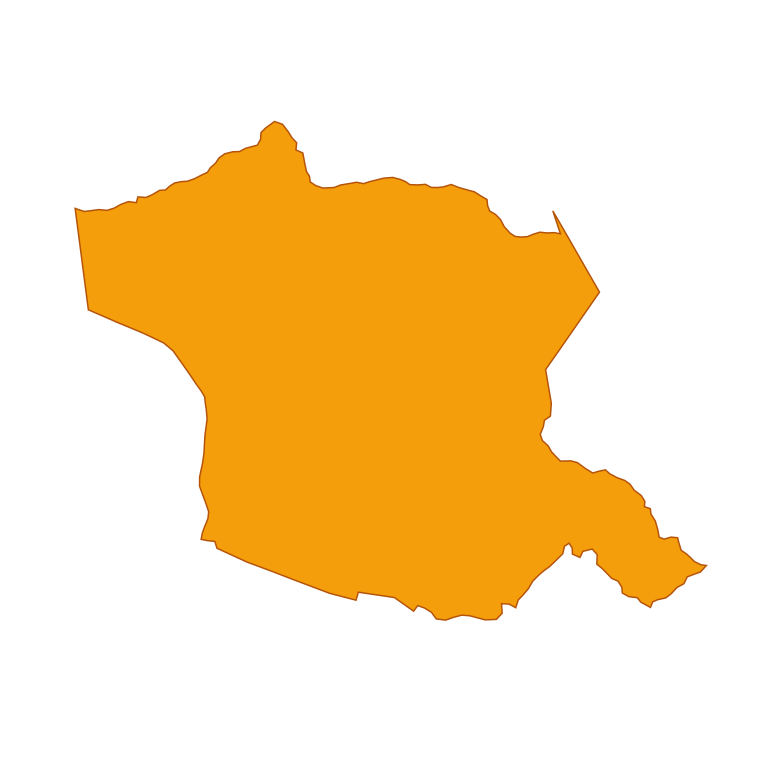 Pocinhos, Paraíba, Brazil, rotated 76°
{"feature_id": "56859067B52062450709607", "entity_name": "Pocinhos", "entity_type": "district", "adm_level": 2, "iso_a3": "BRA", "parent_name": "Brazil", "parent_adm1": "Paraíba", "projection": "mercator", "projection_center": [-36.082, -7.057], "detail": "fine", "context": "isolated", "style": "filled", "palette": "amber", "viewbox_px": 768, "rotation_deg": 76, "n_neighbors": 0, "source": "geoboundaries", "source_scale": "gbopen_adm2", "svg_char_len": 2834}
<svg xmlns="http://www.w3.org/2000/svg" viewBox="0 0 768 768"><g transform="rotate(76 384 384)"><path d="M347.0,152.7L285.5,170.1L256.9,178.3L280.9,176.5L278.3,182.3L276.8,189.6L274.4,196.1L274.8,203.0L275.7,209.3L274.6,215.4L272.6,221.0L268.2,225.1L260.7,229.2L252.6,231.2L246.6,234.7L241.6,239.7L235.9,240.3L230.0,239.4L224.4,245.1L219.4,249.8L216.0,256.0L211.3,264.1L206.7,270.5L207.1,278.9L206.2,285.0L204.7,290.6L200.3,295.5L199.0,303.1L196.8,310.7L192.8,314.2L189.4,318.8L185.7,325.5L184.2,334.5L184.2,343.9L184.2,349.3L184.7,355.2L181.6,361.9L181.1,369.4L180.4,377.8L181.3,384.8L179.1,395.9L174.9,402.3L170.1,406.7L164.3,406.1L159.1,407.8L152.2,407.6L140.2,406.9L135.6,412.8L128.8,410.4L122.9,413.7L115.8,416.0L107.4,419.7L102.8,426.8L107.0,437.0L110.3,442.5L116.8,444.6L121.6,449.1L121.8,461.1L123.5,468.0L122.1,474.5L122.1,482.7L124.7,489.3L129.1,494.2L132.1,500.1L136.0,504.2L136.9,509.4L138.9,518.0L139.7,525.6L138.6,531.8L138.3,538.4L140.0,543.7L142.9,549.2L141.8,554.8L144.4,563.7L145.4,569.9L142.9,577.5L148.1,580.4L145.2,587.9L146.1,596.0L148.1,603.4L148.5,610.7L145.8,618.5L145.0,625.8L144.1,633.1L138.9,641.2L240.5,652.9L260.6,626.7L276.3,605.5L290.8,587.9L296.2,583.9L300.9,580.6L317.0,574.3L328.2,570.0L334.9,567.6L339.8,565.8L347.0,562.9L353.1,561.1L359.2,562.0L365.5,562.6L375.1,564.1L384.6,567.8L390.7,570.2L399.0,572.8L407.5,575.4L417.2,579.3L422.8,582.1L429.6,585.4L438.5,587.7L449.5,586.5L457.9,585.6L465.4,585.0L472.0,587.4L479.0,592.5L484.4,596.2L490.5,599.0L493.4,592.9L495.8,586.2L503.0,585.8L523.8,559.8L527.8,553.9L539.0,537.6L551.1,520.4L574.0,487.3L587.0,463.4L579.8,459.3L593.7,425.6L611.6,410.2L607.2,404.9L611.0,399.1L617.0,393.2L624.6,390.1L628.0,381.3L627.2,372.9L627.1,364.4L629.7,356.7L633.3,350.2L637.2,343.2L638.5,337.4L639.6,331.9L635.0,324.8L625.6,323.1L627.8,315.9L632.9,310.3L626.0,306.0L622.8,300.8L617.6,293.5L611.3,287.4L606.4,279.2L603.7,273.7L601.4,267.9L597.9,261.7L591.9,251.6L585.0,248.1L583.3,242.9L588.7,241.1L594.6,242.3L599.7,235.8L594.5,231.5L594.5,221.9L601.1,218.4L610.3,221.1L615.9,216.9L621.3,213.7L627.8,210.0L631.8,204.7L638.7,202.4L644.5,203.3L649.6,197.8L652.6,189.9L657.8,187.6L665.2,179.5L660.4,176.0L659.5,170.7L659.7,162.3L656.9,155.9L652.3,148.9L650.3,141.3L644.5,136.4L643.6,129.4L643.0,122.5L638.1,115.1L636.1,120.1L631.5,125.7L626.3,128.8L621.6,132.0L617.3,135.9L609.8,136.3L604.2,136.3L602.0,142.5L602.3,149.8L599.1,154.1L591.9,153.6L582.6,153.9L574.9,156.4L569.4,155.8L566.0,161.0L561.0,159.3L554.4,161.4L547.7,166.9L540.8,169.5L535.8,173.8L531.2,180.6L525.7,186.7L520.9,189.9L520.6,196.9L520.9,203.0L515.0,208.8L507.0,215.4L503.8,221.3L501.5,231.5L495.1,235.3L490.3,237.9L483.9,239.6L477.2,244.0L470.7,244.6L463.9,239.7L458.0,237.1L455.4,230.3L443.1,226.3L409.1,223.7L393.2,205.4L347.0,152.7Z" fill="#f59e0b" stroke="#b45309" stroke-width="1.5"/></g></svg>